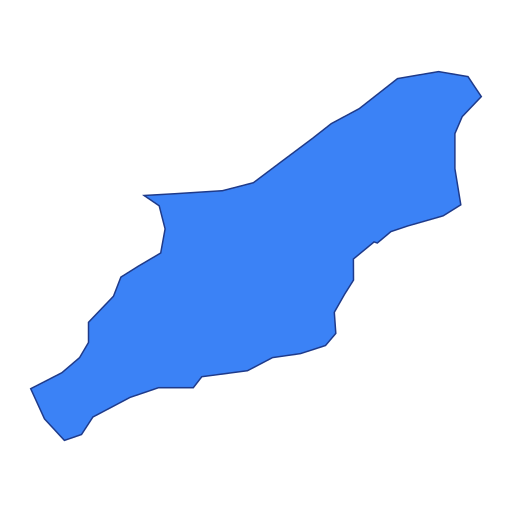 the district of Ale, Västra Götaland, Sweden
{"feature_id": "70781695B73988580655611", "entity_name": "Ale", "entity_type": "district", "adm_level": 2, "iso_a3": "SWE", "parent_name": "Sweden", "parent_adm1": "Västra Götaland", "projection": "natural_earth1", "projection_center": [12.255, 57.976], "detail": "fine", "context": "isolated", "style": "filled", "palette": "blue", "viewbox_px": 512, "rotation_deg": 0, "n_neighbors": 0, "source": "geoboundaries", "source_scale": "gbopen_adm2", "svg_char_len": 764}
<svg xmlns="http://www.w3.org/2000/svg" viewBox="0 0 512 512"><path d="M30.7,388.7L44.5,418.9L64.4,440.4L81.5,434.5L92.9,417.0L130.0,397.4L158.5,387.7L193.3,387.7L201.8,376.7L247.5,370.7L272.5,357.6L300.5,353.6L325.5,345.5L335.8,333.4L334.3,312.3L344.6,294.2L353.5,280.1L353.4,259.0L373.5,242.4L374.0,241.9L377.3,243.0L390.9,231.6L407.9,225.9L443.2,215.8L460.8,204.8L454.9,168.7L454.9,133.6L462.2,116.6L481.3,96.6L473.2,84.5L468.0,76.6L438.6,71.6L419.6,74.8L397.5,78.6L359.3,108.6L331.3,123.6L312.2,138.6L281.3,161.7L253.4,182.7L222.5,190.7L175.4,193.7L144.1,195.5L144.5,195.8L159.2,205.8L165.1,228.9L160.7,253.0L138.6,266.0L120.9,277.1L113.5,296.2L88.5,322.3L88.5,342.5L79.6,357.6L61.9,372.7L30.7,388.7Z" fill="#3b82f6" stroke="#1e3a8a" stroke-width="1.5"/></svg>